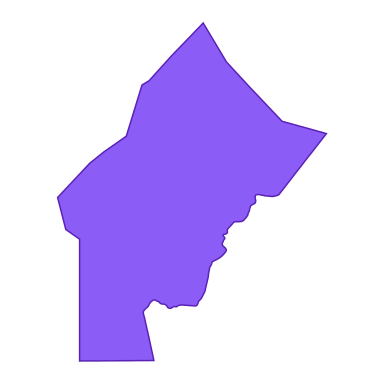 outline of Kidal, rotated 90°
{"feature_id": "MLI-2689", "entity_name": "Kidal", "entity_type": "Region", "adm_level": 1, "iso_a3": "MLI", "parent_name": "Mali", "parent_adm1": "", "projection": "natural_earth1", "projection_center": [2.188, 19.739], "detail": "fine", "context": "isolated", "style": "filled", "palette": "violet", "viewbox_px": 384, "rotation_deg": 90, "n_neighbors": 0, "source": "natural_earth", "source_scale": "10m", "svg_char_len": 2105}
<svg xmlns="http://www.w3.org/2000/svg" viewBox="0 0 384 384"><g transform="rotate(90 192 192)"><path d="M133.6,57.6L137.5,60.6L142.1,64.2L146.7,67.8L151.4,71.4L156.0,75.1L160.6,78.7L165.3,82.3L169.9,85.9L174.5,89.5L179.2,93.1L183.8,96.7L188.5,100.3L194.7,105.2L195.4,106.5L196.4,110.6L196.5,112.0L195.8,119.0L194.6,124.7L194.6,126.0L194.7,127.5L195.1,128.3L195.9,128.7L197.1,128.9L198.2,128.8L200.4,128.3L201.5,128.3L202.8,128.7L203.5,129.4L204.6,131.6L205.4,132.8L206.4,133.5L208.7,134.3L210.8,134.7L211.8,135.1L212.8,135.7L214.8,136.1L216.9,137.3L220.3,140.3L221.4,142.1L221.7,144.4L221.7,149.2L222.2,150.1L228.6,156.0L229.7,156.6L230.9,156.7L231.9,156.6L232.7,156.6L233.6,157.4L234.1,158.7L234.3,159.9L234.7,160.7L235.9,160.7L236.4,160.4L237.4,159.4L238.1,159.2L238.7,159.3L239.2,159.6L239.6,160.0L240.2,160.4L243.5,161.7L244.3,161.8L245.8,161.1L247.9,158.8L249.2,157.9L250.3,157.7L251.3,158.0L252.2,158.6L255.5,161.5L257.5,163.9L259.2,166.7L261.4,171.1L262.0,171.8L262.9,172.2L264.2,172.5L265.2,172.9L267.1,174.1L268.2,174.4L268.8,174.5L273.7,175.5L276.6,175.7L291.4,179.1L298.2,182.5L301.3,185.3L302.2,185.7L304.2,186.4L305.0,186.9L305.7,187.7L306.0,188.5L305.0,201.4L305.1,203.8L305.7,206.2L306.0,206.6L306.3,206.8L306.6,207.0L306.8,207.6L306.8,208.0L306.5,209.2L306.5,209.8L307.0,211.0L307.7,212.0L308.2,213.0L308.4,214.4L307.8,215.8L306.9,216.7L305.7,217.4L304.7,218.4L304.2,219.5L304.0,222.0L303.7,223.1L302.6,224.5L301.8,225.0L301.6,225.6L301.2,226.8L300.4,228.2L299.9,229.3L300.0,230.5L300.9,231.9L301.8,233.0L302.9,233.9L304.0,234.7L306.5,235.9L309.7,239.4L311.0,240.3L311.5,240.5L312.3,240.7L313.7,240.6L318.1,239.4L323.7,238.2L332.9,236.1L336.9,235.2L342.1,234.1L351.3,232.1L360.5,230.1L360.6,237.9L360.6,245.8L360.7,253.7L360.7,261.5L360.8,269.4L360.8,277.3L360.9,285.2L360.9,293.0L360.9,300.9L361.0,304.4L360.9,304.4L331.6,304.4L290.5,304.4L239.2,304.4L229.5,318.2L197.5,326.4L163.3,294.3L152.1,280.4L136.2,257.7L85.0,242.0L80.8,235.0L56.4,213.0L23.0,180.8L62.0,157.5L86.6,134.8L121.3,101.9L133.4,58.3L133.6,57.6L133.6,57.6Z" fill="#8b5cf6" stroke="#5b21b6" stroke-width="1.5"/></g></svg>